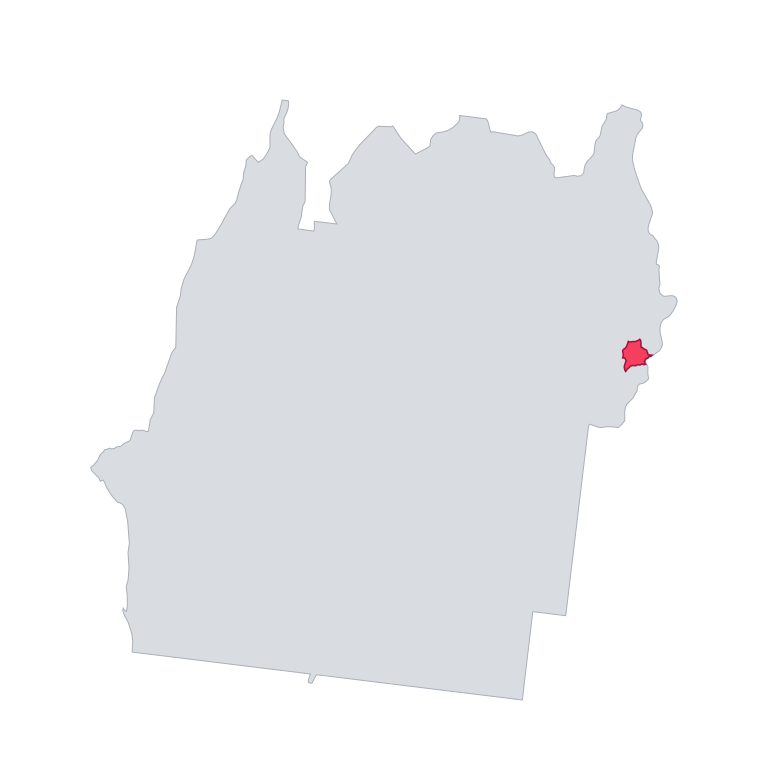 Jebel Moon, Western Darfur, Sudan shown in context, rotated 187°
{"feature_id": "16777658B1532389349494", "entity_name": "Jebel Moon", "entity_type": "district", "adm_level": 2, "iso_a3": "SDN", "parent_name": "Sudan", "parent_adm1": "Western Darfur", "projection": "equal_earth", "projection_center": [22.923, 14.08], "detail": "fine", "context": "in_parent", "style": "filled", "palette": "rose", "viewbox_px": 768, "rotation_deg": 187, "n_neighbors": 0, "source": "geoboundaries", "source_scale": "gbopen_adm2", "svg_char_len": 5791}
<svg xmlns="http://www.w3.org/2000/svg" viewBox="0 0 768 768"><g transform="rotate(187 384 384)"><path d="M519.8,653.5L513.5,653.4L512.8,651.4L512.8,645.9L513.5,641.7L515.7,635.1L515.1,631.5L515.4,626.3L513.6,620.5L498.2,603.6L495.2,599.0L486.9,594.7L488.3,589.9L484.5,555.4L486.1,551.4L486.5,545.4L486.4,540.1L488.2,531.3L488.4,527.5L472.2,527.2L472.1,531.1L472.9,535.3L472.9,537.0L450.3,537.1L459.5,550.6L460.0,556.6L459.6,564.0L459.8,568.7L460.3,571.8L462.8,577.9L462.7,579.0L462.1,580.4L446.3,598.5L443.7,606.9L441.6,611.3L437.1,618.7L422.6,638.0L420.2,639.3L409.1,640.0L408.0,640.5L407.1,641.3L406.7,641.1L397.0,629.8L380.9,616.1L370.3,623.2L367.4,625.8L367.4,632.4L365.9,635.8L363.0,639.4L355.2,641.7L351.1,643.7L346.3,647.4L341.6,653.6L341.2,656.8L341.8,659.7L314.7,659.6L312.9,657.3L308.9,647.1L306.2,647.7L281.5,646.5L277.9,647.6L270.9,651.8L267.4,652.4L263.7,650.5L250.6,630.4L247.8,628.0L244.9,623.2L242.1,621.1L241.1,619.5L240.8,617.4L240.9,613.0L240.0,610.2L237.9,609.6L220.5,614.2L218.0,613.7L214.4,614.5L213.1,615.4L211.6,618.0L211.4,623.5L211.0,626.3L209.6,629.3L204.7,636.2L203.6,639.1L203.8,646.7L203.5,650.5L202.8,652.2L200.6,655.1L199.8,656.8L199.0,666.4L196.3,672.3L195.6,674.3L195.5,678.5L195.0,679.8L187.1,683.1L184.2,685.3L182.4,688.6L181.9,690.0L178.6,688.8L174.3,687.9L166.0,686.9L162.7,685.4L161.2,683.1L161.6,677.2L160.8,676.0L159.5,674.9L158.6,672.4L158.8,669.4L163.1,662.6L164.0,659.0L165.2,642.1L164.8,636.9L161.4,627.4L153.5,611.1L151.5,607.9L141.6,594.4L140.5,592.4L138.1,586.7L140.7,574.3L140.9,570.9L140.2,567.3L137.7,564.7L135.5,564.3L132.6,561.0L130.7,559.5L129.0,556.6L127.8,552.5L128.6,537.9L128.1,535.9L125.6,535.4L125.0,534.3L125.1,531.5L123.7,523.2L122.2,516.3L123.0,512.5L120.9,507.3L116.9,505.1L109.0,506.8L106.6,506.5L104.9,505.5L103.7,503.6L103.1,501.4L103.6,498.0L105.9,491.8L108.7,486.7L114.4,482.1L115.9,479.6L116.7,476.9L116.9,473.7L116.5,470.4L115.9,467.4L114.2,463.4L112.7,458.6L112.6,455.5L113.4,453.2L114.9,450.4L120.5,445.1L126.3,440.6L127.3,439.0L126.9,437.1L124.2,433.5L123.4,426.3L122.0,421.4L124.9,417.6L127.0,416.3L130.4,415.1L131.7,413.6L132.1,410.6L132.0,407.7L133.2,405.6L134.8,401.1L136.2,399.0L140.5,393.7L141.5,390.2L141.8,386.9L140.6,376.9L143.1,372.7L146.4,369.2L151.0,369.4L158.2,368.7L163.1,367.2L166.6,367.3L174.6,369.2L175.5,368.3L175.9,365.7L175.4,176.2L208.2,176.2L208.6,175.9L208.2,87.2L414.1,87.2L415.8,86.9L418.9,78.6L420.3,78.0L422.4,78.5L423.1,80.5L421.6,87.2L601.3,87.2L602.0,97.3L603.8,105.4L609.2,116.9L613.8,123.2L615.4,126.6L615.7,128.2L615.5,129.7L614.1,128.0L611.9,126.8L611.7,132.2L613.2,143.4L615.2,151.2L614.1,158.4L614.7,170.6L617.5,185.3L617.3,194.7L621.7,216.6L625.8,228.8L627.9,231.8L630.2,233.4L634.6,234.4L641.2,240.6L646.5,247.2L648.4,250.6L650.9,254.4L652.6,253.7L653.6,252.7L655.4,255.8L663.6,262.3L664.9,265.4L662.1,268.4L658.9,273.5L657.4,278.3L656.6,279.8L654.0,282.8L653.6,284.3L652.5,285.2L651.2,285.3L648.5,286.9L646.0,286.4L643.5,287.3L642.6,288.4L640.7,289.4L638.0,290.0L633.9,294.0L630.3,296.0L629.1,297.6L627.4,305.7L626.0,307.8L620.6,308.1L617.9,308.8L614.3,307.9L612.5,308.0L612.1,309.7L611.7,316.6L611.8,319.6L609.0,327.5L610.2,342.4L607.6,353.5L607.2,356.0L604.4,364.8L603.0,368.1L599.5,384.6L598.2,389.7L595.1,395.0L599.2,434.7L596.8,446.9L597.0,453.6L595.3,463.4L593.9,467.9L591.6,473.4L589.6,479.5L588.0,487.6L587.1,502.9L586.5,504.3L576.8,506.2L573.8,507.3L571.8,509.0L569.4,512.9L564.6,523.7L562.1,530.3L558.2,539.4L553.5,545.8L552.6,548.9L551.9,554.7L550.3,563.9L548.7,570.4L549.1,575.7L547.7,584.8L548.0,589.3L546.4,591.7L544.2,594.1L542.7,594.7L535.8,588.6L531.1,592.8L528.2,598.7L526.0,604.7L527.5,617.3L527.4,620.1L526.7,623.1L522.4,635.5L521.1,641.2L519.9,651.1L519.8,653.5Z" fill="#d9dde1" stroke="#a8b0b8" stroke-width="1"/><path d="M147.6,430.2L147.2,428.7L146.7,427.4L145.8,425.9L145.7,426.0L145.1,426.7L144.7,427.9L144.6,428.2L143.1,429.7L142.0,431.0L141.2,431.9L140.7,432.3L138.7,432.7L137.8,432.7L136.8,432.7L136.3,432.9L135.9,433.1L135.5,433.6L135.3,433.8L134.7,434.0L133.3,434.0L132.1,434.1L131.0,434.9L130.3,435.3L129.5,435.2L129.2,435.2L128.4,434.9L127.7,434.9L127.1,435.3L126.9,435.4L127.1,435.5L127.5,435.7L127.6,435.9L127.6,436.1L127.6,436.3L127.6,436.6L127.6,436.9L127.7,437.2L127.9,437.5L128.1,437.8L128.2,438.0L127.4,440.3L127.1,441.3L125.6,441.6L124.1,444.0L123.5,444.0L123.1,444.0L122.7,444.0L122.4,444.2L122.2,444.5L121.9,444.8L121.5,445.3L123.0,445.2L123.8,445.2L124.7,445.3L125.4,445.5L125.8,445.8L126.0,446.4L126.1,447.0L126.3,447.6L126.6,447.7L126.9,447.8L127.2,449.3L128.2,449.9L128.9,450.1L129.7,450.4L130.3,450.5L130.6,450.5L131.0,450.8L131.4,451.2L131.6,451.5L131.8,451.6L132.1,451.7L132.4,451.7L132.7,451.8L132.9,451.8L133.4,452.0L133.7,453.8L133.9,455.7L134.3,458.0L134.7,458.3L134.9,458.9L135.3,459.4L135.6,459.6L136.0,459.2L136.8,458.3L137.9,457.9L138.8,457.3L139.5,456.7L140.9,456.7L141.2,456.5L142.4,456.5L142.6,456.5L143.5,456.1L144.5,455.8L145.0,455.6L145.4,455.7L145.7,455.7L146.2,455.8L146.3,455.8L146.6,455.9L146.7,456.0L146.8,455.7L146.9,455.3L146.9,455.2L147.0,454.1L147.1,453.8L147.2,453.5L147.2,453.3L147.3,453.1L147.3,452.9L147.4,452.7L147.5,452.3L147.5,452.2L147.6,451.9L147.7,451.6L147.8,451.2L147.9,450.9L148.0,450.7L148.1,450.4L148.5,449.6L149.3,448.4L149.8,448.2L150.6,447.4L151.0,446.9L151.2,445.9L150.8,444.5L150.4,443.3L150.2,442.4L150.0,441.9L149.9,441.6L149.9,441.4L150.2,440.2L150.3,439.8L150.3,439.5L150.3,439.2L150.3,438.9L149.1,439.2L148.6,439.2L148.2,439.2L147.7,438.5L147.7,438.4L147.5,438.2L147.4,438.0L147.4,437.9L147.1,437.5L147.0,437.2L146.7,436.9L146.6,436.7L146.4,436.5L146.5,436.4L146.6,436.0L146.6,435.9L146.7,435.7L146.8,435.6L146.9,434.9L147.0,434.5L147.3,433.0L147.4,432.7L147.5,431.8L147.6,431.2L147.6,430.6L147.6,430.2L147.6,430.2Z" fill="#f43f5e" stroke="#9f1239" stroke-width="1.5"/></g></svg>